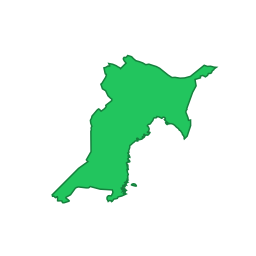 the Region of Atyrau, rotated 304°
{"feature_id": "KAZ-3198", "entity_name": "Atyrau", "entity_type": "Region", "adm_level": 1, "iso_a3": "KAZ", "parent_name": "Kazakhstan", "parent_adm1": "", "projection": "albers", "projection_center": [51.054, 47.461], "detail": "fine", "context": "isolated", "style": "filled", "palette": "green", "viewbox_px": 256, "rotation_deg": 304, "n_neighbors": 0, "source": "natural_earth", "source_scale": "10m", "svg_char_len": 5841}
<svg xmlns="http://www.w3.org/2000/svg" viewBox="0 0 256 256"><g transform="rotate(304 128 128)"><path d="M34.3,120.0L30.6,117.1L30.0,116.4L29.6,115.9L29.6,115.5L29.7,115.2L30.0,114.6L30.4,114.2L30.5,114.0L30.4,113.8L29.8,112.6L28.4,110.7L28.3,110.3L28.6,110.1L30.2,109.1L31.1,108.4L31.5,107.8L31.1,107.4L30.0,107.2L29.7,106.8L29.7,106.3L29.9,105.7L30.0,105.2L29.9,104.6L29.3,103.9L29.2,103.6L29.4,103.4L29.8,103.1L30.1,102.5L66.9,109.6L77.7,113.6L78.3,111.3L87.7,110.6L104.6,99.0L106.1,98.6L107.1,97.6L108.2,97.1L109.2,97.1L111.2,94.4L113.4,92.5L115.6,92.3L117.8,91.5L125.7,92.4L127.3,92.9L127.5,93.9L126.9,96.3L130.1,97.5L131.8,97.9L133.6,97.9L134.4,96.9L141.6,99.2L142.9,98.5L142.9,97.1L143.5,93.5L146.4,88.6L146.2,84.9L149.2,81.0L150.3,81.4L157.5,81.1L159.7,80.5L160.4,80.0L160.1,79.1L160.6,78.4L164.4,74.4L165.9,75.7L168.3,76.8L168.4,77.7L169.3,78.2L170.7,76.0L172.3,79.7L173.0,83.1L173.1,86.1L173.4,87.6L173.0,88.6L180.7,90.1L181.6,87.3L182.4,85.8L183.2,85.2L184.4,85.3L185.1,86.5L186.0,87.1L187.9,87.2L189.0,90.6L189.0,92.3L188.6,93.0L188.2,96.9L189.3,100.2L190.2,103.9L190.4,107.3L192.6,109.6L194.8,117.2L195.2,120.8L194.3,131.7L194.4,136.2L196.3,138.7L198.4,143.3L201.2,147.0L205.7,150.9L222.6,156.1L223.4,159.3L225.3,161.8L225.9,163.3L226.5,165.2L227.7,167.3L225.3,166.4L224.2,166.5L222.6,165.9L220.3,166.3L219.0,165.5L218.2,164.2L216.1,164.5L213.7,163.6L213.4,160.6L211.5,159.0L210.1,160.0L205.7,156.4L201.0,160.9L193.7,161.6L177.1,165.8L176.4,166.5L175.1,166.4L173.5,167.0L170.2,171.8L168.2,173.9L169.6,175.4L165.0,178.6L154.3,181.6L150.4,180.8L150.7,180.4L151.0,180.2L151.5,180.0L151.7,179.8L152.4,178.8L152.7,178.2L153.0,177.0L153.4,176.4L154.0,175.7L154.2,175.4L154.6,174.1L155.0,173.3L155.1,172.8L155.0,172.2L155.0,172.4L154.9,172.0L155.0,171.6L155.4,170.8L155.6,170.4L155.7,169.9L155.8,167.7L156.4,165.0L156.3,162.8L155.7,161.2L154.7,160.0L153.6,158.9L154.0,158.9L154.7,159.5L155.1,159.7L154.7,159.2L154.5,158.7L154.5,158.1L154.6,157.6L154.2,157.8L153.7,158.3L153.3,158.6L152.8,158.5L152.8,157.8L153.0,157.0L153.7,155.7L153.7,156.3L154.0,156.6L154.4,156.6L154.7,156.3L154.8,155.8L154.9,154.7L155.1,154.2L155.3,154.8L155.5,154.6L155.8,153.7L156.0,153.6L156.7,153.7L157.0,153.4L157.1,153.1L157.1,151.8L156.7,151.1L156.0,150.8L155.4,150.8L154.9,150.6L154.8,150.2L154.8,149.2L154.4,147.0L153.9,146.2L153.8,145.8L153.7,145.6L152.7,145.8L152.4,145.7L152.0,145.4L151.2,144.1L150.8,143.9L149.9,143.9L147.9,144.4L146.7,144.2L144.4,144.2L143.8,144.1L143.4,143.9L142.7,143.1L142.3,142.9L141.0,142.7L140.6,142.8L140.4,143.1L140.3,143.4L140.3,144.2L140.2,144.5L139.3,145.8L139.0,146.1L137.0,146.8L136.4,146.9L135.7,146.4L135.4,146.4L135.2,146.7L135.3,147.1L136.2,147.5L136.4,148.0L136.6,148.4L136.6,148.7L136.5,148.8L133.8,148.7L133.3,148.4L132.9,148.1L132.9,147.9L132.8,147.5L132.7,147.5L132.5,147.3L131.8,146.6L131.5,146.5L131.4,146.3L131.3,145.9L131.9,145.2L131.8,144.8L131.4,144.7L131.0,145.3L130.6,146.4L130.2,146.6L129.5,146.6L128.8,146.4L128.3,146.2L129.0,145.3L129.2,145.1L128.7,144.9L128.2,145.2L127.3,145.8L126.8,145.8L126.4,145.6L126.0,145.2L125.6,144.8L124.8,144.2L124.5,143.6L124.9,142.3L124.9,141.7L124.6,141.2L124.1,141.1L123.6,141.5L123.5,142.1L123.3,142.7L123.1,143.3L122.7,143.4L122.3,142.8L121.8,141.7L121.4,141.3L120.8,141.1L119.5,140.9L118.3,140.4L115.6,139.8L114.7,139.3L114.2,139.4L113.2,140.1L112.4,140.5L109.6,141.2L109.2,141.4L108.6,142.2L108.2,142.4L107.9,142.3L107.4,141.9L107.2,141.8L106.9,142.1L106.8,142.3L106.8,142.7L105.1,145.6L104.7,145.9L104.5,145.4L104.6,145.0L105.0,144.4L105.1,144.0L105.0,143.8L104.7,144.0L104.0,144.8L103.4,145.1L102.8,145.2L102.4,145.0L102.1,145.0L102.0,145.6L101.9,147.1L101.7,147.6L101.4,148.0L101.1,148.3L100.7,148.1L101.1,147.6L101.3,147.1L101.3,146.8L100.8,146.6L100.1,146.9L99.7,147.2L98.6,146.3L98.4,146.2L98.2,146.2L97.8,146.6L97.2,148.6L96.8,148.9L96.9,148.6L97.0,147.5L96.7,147.7L96.2,148.7L96.1,148.8L95.7,148.9L95.3,149.1L94.3,150.9L93.9,151.4L93.5,151.3L93.5,151.1L93.7,150.7L93.7,150.3L93.5,150.2L93.2,150.3L92.6,150.7L90.6,152.7L90.0,153.7L89.7,154.2L89.2,154.4L88.4,154.3L88.1,154.4L87.9,154.5L87.4,155.2L86.7,155.5L86.4,156.0L86.1,156.0L85.5,155.8L85.2,156.1L85.1,156.7L85.0,157.1L84.5,156.8L84.2,156.4L84.0,156.2L83.8,156.3L83.8,157.0L83.7,157.3L83.5,157.2L83.1,156.6L82.8,156.4L82.6,156.4L82.5,156.6L82.6,157.4L82.6,157.7L81.2,155.8L80.9,155.7L80.8,156.3L80.9,157.6L80.5,157.4L80.3,157.6L80.1,157.9L79.9,158.3L79.7,157.5L79.5,157.1L78.2,156.5L77.9,156.3L77.6,155.9L77.6,155.2L77.6,156.2L77.7,156.7L78.0,157.1L78.2,157.9L78.3,158.2L78.1,158.2L77.3,157.9L77.4,157.1L76.9,156.6L76.7,156.5L76.6,156.9L75.9,156.8L75.1,156.5L74.5,156.0L74.1,155.4L74.3,156.2L75.6,157.8L76.0,158.8L75.5,158.6L74.7,158.6L74.4,158.2L74.2,157.7L73.9,157.4L73.5,157.3L73.5,157.5L73.9,157.8L73.9,158.5L74.0,159.1L74.6,159.4L75.3,160.3L75.5,160.9L75.4,161.2L75.3,161.6L74.4,160.9L74.0,160.5L73.2,159.2L72.9,159.0L72.3,159.0L72.7,159.3L72.8,159.6L72.9,160.1L73.0,160.4L73.7,161.3L73.4,161.5L73.1,161.3L71.4,160.7L71.2,160.7L71.1,160.8L71.1,161.2L71.3,161.4L71.7,161.5L72.1,161.8L72.2,162.4L72.3,163.4L68.2,160.9L66.7,159.6L65.8,158.7L65.4,158.4L64.7,158.4L64.2,158.5L63.7,158.5L62.4,157.4L61.9,156.7L61.3,156.2L60.5,156.0L58.5,155.9L57.8,155.5L58.3,154.8L58.0,154.6L57.9,153.7L57.7,153.4L56.9,152.9L56.5,152.7L56.1,152.6L56.6,151.9L57.3,150.4L58.4,149.6L59.7,149.3L60.9,149.7L61.3,150.2L61.7,150.7L62.2,151.9L62.7,152.1L66.0,151.6L66.6,151.1L67.9,149.6L61.7,139.1L58.8,130.7L58.6,130.0L58.4,129.4L58.1,129.2L57.3,129.1L56.5,128.8L56.0,128.3L55.0,126.8L51.4,119.8L50.1,118.7L48.7,118.0L40.5,117.7L36.1,115.4L35.7,115.3L35.3,115.6L35.1,116.1L35.1,117.9L34.9,119.4L34.7,120.0L34.3,120.0ZM85.0,164.1L85.3,164.9L85.4,165.7L84.9,167.1L84.6,167.3L84.1,166.8L83.8,166.1L82.8,163.3L82.8,162.7L83.5,162.7L84.4,163.3L84.8,163.7L85.0,164.1Z" fill="#22c55e" stroke="#15803d" stroke-width="1.5"/></g></svg>